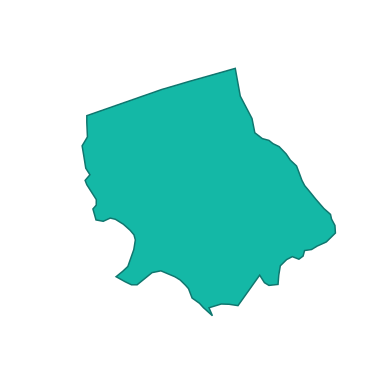 outline of Bom Sucesso, Paraíba, Brazil, rotated 230°
{"feature_id": "56859067B88877822125825", "entity_name": "Bom Sucesso", "entity_type": "district", "adm_level": 2, "iso_a3": "BRA", "parent_name": "Brazil", "parent_adm1": "Paraíba", "projection": "mercator", "projection_center": [-37.966, -6.47], "detail": "fine", "context": "isolated", "style": "filled", "palette": "teal", "viewbox_px": 384, "rotation_deg": 230, "n_neighbors": 0, "source": "geoboundaries", "source_scale": "gbopen_adm2", "svg_char_len": 1087}
<svg xmlns="http://www.w3.org/2000/svg" viewBox="0 0 384 384"><g transform="rotate(230 192 192)"><path d="M65.9,198.5L72.6,205.1L78.7,212.2L79.4,221.1L78.0,227.3L71.8,230.7L71.5,235.9L74.8,240.6L71.1,246.6L70.1,253.2L67.4,262.8L68.4,275.5L74.5,280.0L81.6,281.5L85.8,283.7L94.6,282.4L107.1,282.2L117.7,282.4L124.4,282.4L130.3,283.7L136.4,285.9L144.7,288.8L153.3,287.8L160.6,288.6L170.8,287.9L177.0,285.1L182.1,284.1L187.7,280.2L197.0,278.2L209.7,285.2L234.4,290.6L258.9,304.6L278.5,261.0L290.0,234.7L318.1,160.5L313.0,156.2L301.4,147.3L298.0,137.5L287.5,131.3L278.5,125.9L270.8,124.9L269.6,117.6L265.2,116.1L247.7,113.8L243.5,110.2L242.7,105.2L232.3,100.5L226.6,105.2L224.6,112.6L220.3,115.8L211.4,118.7L202.4,120.0L196.5,120.0L191.7,117.8L185.3,110.4L176.2,95.0L175.8,88.2L175.9,79.4L166.2,83.1L159.8,86.0L156.2,90.3L155.9,109.6L151.6,117.5L138.1,124.4L132.2,126.4L124.7,127.1L120.2,127.2L110.7,123.9L101.9,126.2L96.0,126.4L84.1,128.1L92.4,130.6L87.4,142.4L82.1,148.3L75.4,154.2L84.8,190.4L76.0,189.2L71.0,190.9L65.9,198.5Z" fill="#14b8a6" stroke="#0f766e" stroke-width="1.5"/></g></svg>